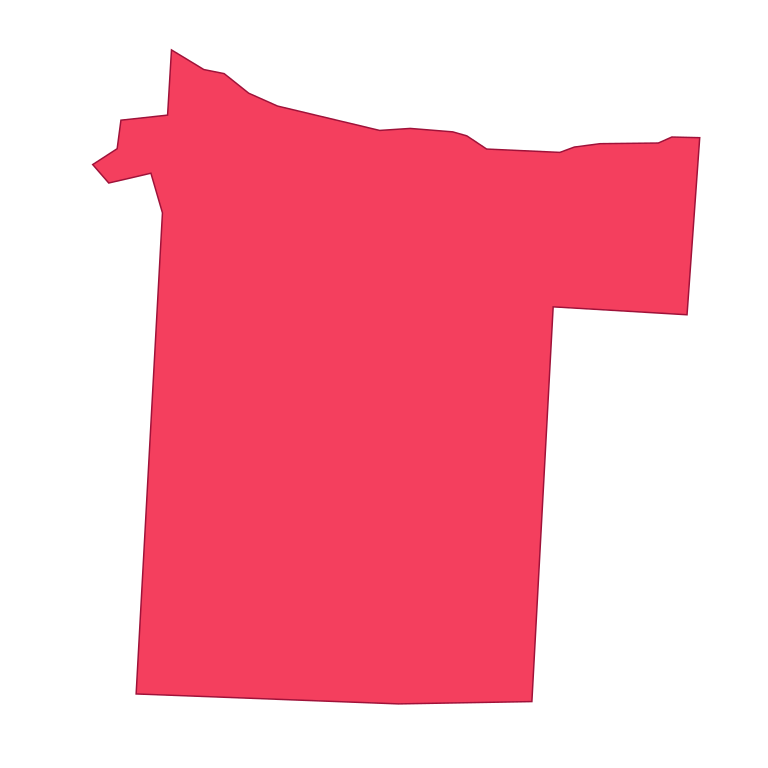 Antrim, Michigan, United States of America (orthographic projection), rotated 93°
{"feature_id": "52423323B24327368790692", "entity_name": "Antrim", "entity_type": "district", "adm_level": 2, "iso_a3": "USA", "parent_name": "United States of America", "parent_adm1": "Michigan", "projection": "orthographic", "projection_center": [-85.292, 45.01], "detail": "fine", "context": "isolated", "style": "filled", "palette": "rose", "viewbox_px": 768, "rotation_deg": 93, "n_neighbors": 0, "source": "geoboundaries", "source_scale": "gbopen_adm2", "svg_char_len": 513}
<svg xmlns="http://www.w3.org/2000/svg" viewBox="0 0 768 768"><g transform="rotate(93 384 384)"><path d="M706.5,615.3L702.7,352.8L693.4,219.7L298.1,219.1L299.0,85.0L121.5,81.6L122.3,109.5L129.0,122.7L132.7,180.8L137.4,206.3L143.5,220.5L144.0,293.8L131.9,314.2L128.6,328.5L127.4,371.2L131.0,401.6L112.0,504.9L100.7,534.3L82.4,559.9L79.4,580.4L61.5,613.7L126.8,614.2L134.3,660.5L163.0,662.8L180.1,686.4L197.7,669.4L185.7,627.8L224.7,614.2L706.5,615.3Z" fill="#f43f5e" stroke="#9f1239" stroke-width="1.5"/></g></svg>